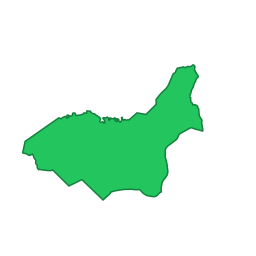 Nueva Arcadia, Copán, Honduras, rotated 42°
{"feature_id": "27666195B2783617949739", "entity_name": "Nueva Arcadia", "entity_type": "district", "adm_level": 2, "iso_a3": "HND", "parent_name": "Honduras", "parent_adm1": "Copán", "projection": "mercator", "projection_center": [-88.713, 15.107], "detail": "fine", "context": "isolated", "style": "filled", "palette": "green", "viewbox_px": 256, "rotation_deg": 42, "n_neighbors": 0, "source": "geoboundaries", "source_scale": "gbopen_adm2", "svg_char_len": 5684}
<svg xmlns="http://www.w3.org/2000/svg" viewBox="0 0 256 256"><g transform="rotate(42 128 128)"><path d="M125.3,57.3L129.5,69.8L129.9,73.2L129.4,78.8L129.4,82.9L129.8,88.1L133.1,91.6L132.3,105.9L124.6,110.7L123.3,121.4L123.0,121.5L122.8,121.6L122.2,122.4L121.3,123.3L121.0,123.5L120.4,123.7L119.5,124.3L119.3,124.6L119.3,124.8L119.4,125.0L119.3,125.3L119.1,125.4L118.9,125.4L118.6,125.4L118.0,125.1L117.8,124.9L117.2,124.3L117.0,124.1L116.6,124.0L116.4,124.1L116.2,124.5L116.4,124.8L116.6,125.0L117.1,125.2L117.5,125.5L118.1,126.9L118.4,127.7L118.4,128.0L118.4,128.6L118.2,129.0L117.8,129.1L116.8,128.8L116.3,128.8L116.2,128.7L115.6,128.0L115.5,127.9L115.2,127.9L114.8,128.0L113.8,128.4L113.6,128.6L113.4,128.9L113.4,129.3L113.5,129.5L115.1,129.6L115.3,129.7L115.5,130.0L115.5,130.5L115.3,130.9L115.0,131.1L114.4,131.2L113.6,131.2L113.3,131.1L113.2,131.0L112.9,130.6L112.5,129.6L112.2,129.2L111.7,129.3L111.3,129.4L111.2,129.6L110.9,130.8L110.8,131.0L110.7,131.2L110.2,131.5L109.3,132.0L108.6,132.2L108.1,132.4L107.9,132.5L108.0,132.8L108.2,133.0L108.9,133.3L109.2,133.5L109.0,134.3L108.9,134.6L108.8,134.8L108.5,134.9L108.2,134.9L107.4,134.0L106.9,133.7L106.2,133.6L105.6,133.6L105.4,133.7L105.3,133.9L105.1,134.2L104.9,134.9L104.6,135.4L103.9,136.1L103.1,136.5L102.8,136.8L102.7,137.0L102.7,137.3L102.8,137.5L103.0,137.7L103.4,137.8L105.3,138.0L106.8,139.0L107.1,139.4L107.3,139.7L107.2,140.1L106.9,140.4L106.8,140.5L106.7,140.5L105.9,140.3L105.1,140.2L105.0,140.4L104.7,140.8L104.5,141.5L104.4,141.8L104.2,141.9L103.8,142.1L103.1,142.2L102.7,142.1L102.4,141.9L102.0,140.4L101.7,139.7L101.3,139.4L100.9,139.2L99.9,139.2L98.7,139.3L96.1,139.7L94.0,139.9L93.1,140.2L92.7,140.4L92.1,140.8L91.6,141.1L91.3,141.1L90.5,141.1L89.8,141.1L89.5,141.0L89.3,140.8L89.1,140.7L88.7,140.7L88.4,140.9L87.1,142.1L86.4,142.5L86.0,142.8L86.0,143.0L87.2,144.6L87.2,144.8L87.2,145.0L85.4,146.0L85.1,146.6L85.3,147.1L85.2,147.7L85.1,148.0L84.6,148.8L84.3,149.7L82.3,152.0L81.5,153.1L81.2,153.4L80.9,153.5L80.7,153.4L80.4,153.3L79.8,152.8L79.2,152.5L79.0,152.4L78.8,152.4L78.5,152.5L77.2,153.5L77.1,153.9L77.2,154.4L77.3,154.7L77.7,154.8L77.9,155.0L78.1,155.6L78.2,156.2L78.0,156.7L77.5,157.3L77.0,157.7L76.5,158.0L76.0,158.3L75.4,158.3L75.0,158.5L74.4,158.9L74.2,159.2L74.2,159.3L74.2,159.5L74.3,159.6L74.7,159.7L74.8,159.7L75.5,159.2L75.8,159.1L76.2,159.1L76.6,159.3L76.7,159.6L76.7,160.0L76.6,160.4L76.2,161.1L76.1,161.6L75.7,161.7L75.1,161.2L74.6,160.9L74.3,160.9L74.0,161.1L73.5,161.6L73.2,162.1L72.7,163.4L72.1,165.0L71.9,166.1L69.8,166.7L60.5,206.8L66.3,216.9L67.0,216.7L67.4,216.6L68.1,216.2L68.7,215.7L69.4,215.3L70.5,215.0L71.6,214.9L72.2,214.7L73.3,214.1L73.5,213.9L73.7,213.6L74.1,211.8L74.3,211.4L76.0,211.8L76.7,212.2L77.6,212.8L78.1,213.1L80.1,213.5L81.2,213.8L81.5,214.0L81.7,214.3L82.5,215.5L83.0,215.9L83.6,216.2L85.8,216.7L86.1,217.0L86.9,218.1L87.2,218.3L88.4,218.7L89.4,218.8L89.5,218.8L89.8,218.1L90.0,217.9L90.2,217.7L90.6,217.5L91.3,217.2L92.1,216.7L94.7,214.7L95.6,214.2L96.5,213.6L98.4,212.1L99.1,211.3L99.5,210.8L99.8,210.2L100.0,209.6L122.9,210.6L128.3,197.2L157.6,198.2L158.1,193.5L158.5,190.0L158.5,188.9L158.5,188.1L158.4,187.9L158.2,187.5L158.2,187.4L158.3,186.9L158.8,186.0L159.8,184.4L161.1,182.5L161.9,181.5L163.9,179.0L167.5,174.9L167.9,174.6L168.7,174.0L169.2,173.5L169.7,173.1L170.0,172.5L170.2,172.3L174.5,169.1L175.5,168.3L177.4,166.4L177.7,166.2L178.1,166.1L178.7,166.0L183.0,166.4L186.9,165.7L188.1,165.1L190.8,163.4L192.6,162.2L193.2,161.7L193.7,161.1L194.1,160.5L194.4,159.9L194.7,159.0L194.8,158.5L194.9,155.1L195.4,153.5L195.5,153.2L194.9,152.5L193.6,151.4L192.4,150.0L191.9,149.2L191.4,148.0L190.5,146.8L190.1,146.1L189.6,144.6L189.3,143.0L188.8,137.7L188.5,136.6L188.0,135.5L187.2,134.3L185.9,132.8L185.5,132.5L184.3,131.6L183.4,130.8L182.6,129.9L178.4,126.7L175.6,125.0L174.4,124.0L174.1,123.7L173.6,122.9L172.9,121.9L171.4,120.5L170.5,119.5L170.2,118.9L170.0,118.4L169.8,117.9L169.7,117.1L169.6,115.5L169.7,114.3L171.2,106.9L171.5,104.7L171.6,103.7L171.6,102.9L171.4,102.1L170.9,100.6L170.4,99.1L170.3,98.6L170.4,98.0L170.6,97.1L170.9,95.9L171.9,93.2L173.3,89.1L174.3,86.4L174.5,86.0L174.8,85.7L175.2,85.3L175.8,85.0L176.5,84.7L177.9,84.2L178.8,83.8L179.4,83.5L180.2,83.0L181.3,82.4L184.9,80.7L185.2,80.5L185.4,80.3L185.4,80.1L185.4,79.9L185.0,79.5L182.1,77.0L181.2,76.5L180.2,75.7L179.4,74.9L177.7,72.7L175.6,72.0L174.2,71.7L173.1,71.3L171.2,69.8L167.5,66.3L166.8,66.3L165.9,66.2L165.2,65.2L163.9,65.3L162.9,65.6L162.3,65.9L161.7,66.3L161.4,66.9L161.1,67.1L160.7,67.4L160.4,67.4L160.0,67.2L159.5,66.7L159.1,66.5L158.9,66.5L158.4,66.5L157.7,66.5L157.1,66.4L156.7,66.0L156.2,65.5L155.6,65.0L155.3,64.6L154.6,64.3L154.4,63.6L153.9,63.7L153.2,63.6L152.8,63.2L152.4,62.4L151.7,61.0L151.4,60.0L149.9,57.5L149.7,57.0L149.6,56.3L149.7,55.8L149.0,55.0L149.2,54.1L149.2,53.8L148.8,53.2L148.4,53.0L148.3,52.9L148.3,52.7L148.3,52.4L148.1,51.8L147.9,51.3L147.4,50.7L147.1,48.2L146.7,47.6L146.3,46.8L146.0,46.1L145.8,45.5L145.8,45.0L145.9,44.5L146.1,44.2L146.0,43.7L146.0,43.1L145.9,42.8L145.8,42.7L143.7,41.8L142.9,41.8L142.3,41.8L141.4,41.2L140.9,41.2L140.4,41.2L140.3,40.9L140.2,40.8L139.7,40.5L139.1,40.3L138.6,40.3L138.4,40.2L138.2,40.1L137.4,38.6L137.3,38.4L136.9,38.3L136.8,38.2L136.6,37.8L136.5,37.5L135.1,37.2L134.8,37.2L134.6,37.2L134.3,37.5L134.1,37.7L133.9,38.0L133.8,38.4L133.8,39.5L133.7,39.9L133.0,40.9L131.5,42.0L131.3,42.2L130.8,43.1L130.3,44.6L129.9,44.9L129.5,45.1L129.2,45.2L128.6,45.4L128.2,45.5L127.8,46.1L127.1,47.6L126.0,48.4L125.6,49.6L125.1,50.1L124.7,50.3L124.6,50.6L124.7,51.1L125.2,51.9L125.1,52.9L125.2,53.1L125.3,53.5L125.9,54.5L126.1,55.1L126.0,55.6L125.6,56.6L125.3,57.3Z" fill="#22c55e" stroke="#15803d" stroke-width="1.5"/></g></svg>